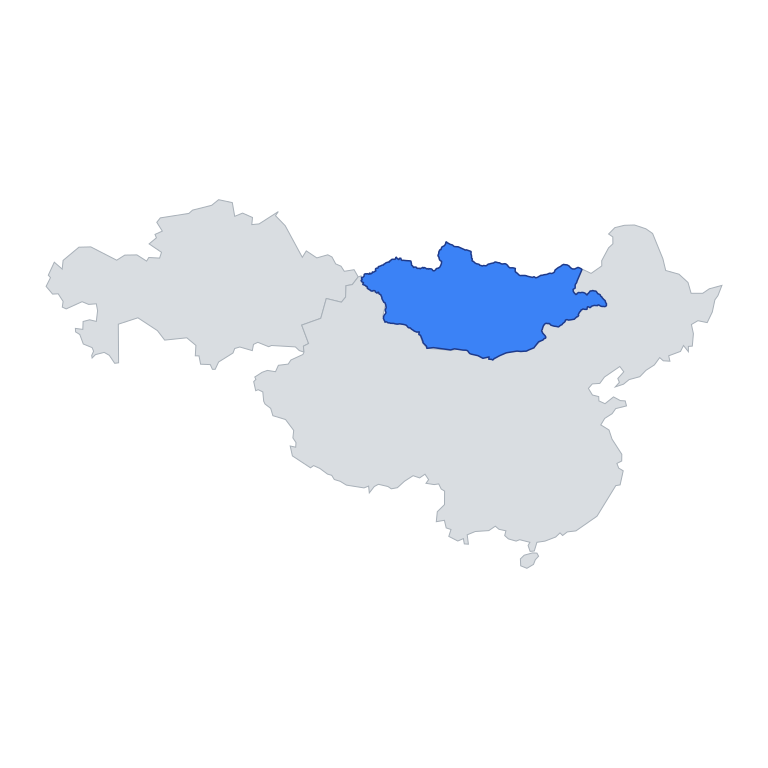 Mongolia shown with its bordering countries
{"feature_id": "MNG", "entity_name": "Mongolia", "entity_type": "country or territory", "adm_level": 0, "iso_a3": "MNG", "parent_name": "Asia", "parent_adm1": "", "projection": "mercator", "projection_center": [102.872, 46.856], "detail": "fine", "context": "with_neighbors", "style": "filled", "palette": "blue", "viewbox_px": 768, "rotation_deg": 0, "n_neighbors": 2, "source": "natural_earth", "source_scale": "50m", "svg_char_len": 10055}
<svg xmlns="http://www.w3.org/2000/svg" viewBox="0 0 768 768"><path d="M358.2,276.9L352.3,284.6L346.0,285.7L345.6,297.1L341.4,302.2L326.3,298.5L320.8,318.3L301.7,325.1L308.6,343.5L303.4,346.2L304.0,352.1L299.3,350.6L295.4,346.9L271.5,345.5L268.7,346.7L257.8,342.3L253.5,344.4L252.3,350.6L239.8,347.0L234.7,348.5L233.0,353.0L218.6,362.0L215.2,369.3L212.4,369.3L210.3,364.6L200.6,364.2L199.0,355.9L195.3,355.8L195.9,345.4L186.8,337.8L164.7,340.1L157.4,330.6L137.9,317.8L118.3,324.2L118.6,362.8L114.7,363.3L109.3,355.3L104.2,352.4L95.5,354.6L92.1,358.0L91.7,355.5L93.6,351.2L92.1,347.6L83.3,344.0L79.8,334.5L75.6,331.9L75.4,328.4L82.8,329.4L83.1,321.5L89.6,319.8L96.3,321.4L97.6,310.7L96.3,303.8L88.6,304.4L82.1,301.7L66.2,308.9L62.3,307.1L63.1,301.4L58.2,293.8L52.6,294.1L46.1,286.4L50.5,277.6L48.3,275.2L54.3,262.2L62.2,269.1L63.1,260.4L78.9,247.2L90.8,246.9L116.7,260.2L124.8,255.1L136.9,254.9L146.6,261.1L148.8,257.5L159.6,258.1L161.5,252.3L149.1,243.9L156.4,237.8L155.0,234.4L162.3,231.1L156.8,222.3L160.3,217.9L188.9,213.4L192.6,210.1L211.7,205.3L218.6,199.7L232.3,202.6L234.7,216.3L242.6,213.1L252.5,217.5L251.8,224.6L259.1,223.9L278.3,211.6L275.5,215.7L285.2,225.7L302.3,257.3L306.3,250.9L316.8,257.9L327.8,254.8L332.0,257.0L335.7,263.9L341.0,266.2L344.3,271.3L354.1,269.7L358.2,276.9Z" fill="#d9dde1" stroke="#a8b0b8" stroke-width="1"/><path d="M526.9,568.3L520.7,565.8L520.4,558.9L524.2,555.2L532.5,552.9L536.9,553.1L538.6,556.2L535.3,559.8L533.5,564.4L526.9,568.3ZM304.0,352.1L303.4,346.2L308.6,343.5L301.7,325.1L320.8,318.3L326.3,298.5L341.4,302.2L345.6,297.1L346.0,285.7L352.3,284.6L358.2,276.9L361.1,275.9L363.1,284.0L369.6,290.1L380.4,294.4L385.7,303.4L382.8,316.4L385.5,321.1L404.9,324.4L414.1,331.1L418.8,332.3L422.3,342.1L426.8,348.3L450.9,350.3L461.1,348.9L468.6,350.4L479.9,356.7L489.1,356.7L492.5,359.9L501.4,354.4L513.7,350.8L525.2,350.4L534.1,346.7L544.9,337.6L541.2,330.0L545.2,323.1L557.4,326.2L565.0,320.5L576.6,316.3L582.2,309.0L587.6,305.9L598.7,304.4L604.7,305.6L605.5,301.7L598.6,293.8L592.5,290.1L586.6,294.3L579.1,292.6L574.8,294.0L572.8,289.4L581.9,269.0L591.1,273.4L601.8,265.9L601.7,260.7L608.6,247.8L612.9,243.8L612.8,236.9L608.6,234.0L614.9,227.6L624.4,225.3L634.5,225.0L645.9,228.8L652.6,233.5L662.9,258.8L665.7,270.5L679.0,274.2L688.0,282.5L691.1,293.3L702.7,293.3L709.3,288.8L721.9,285.4L717.9,295.7L714.9,299.8L712.3,312.0L707.2,322.6L697.9,320.7L691.4,324.5L693.4,333.7L692.3,346.1L688.4,346.4L688.4,351.7L683.5,345.5L680.5,351.4L668.7,355.8L669.9,361.2L663.3,360.8L659.7,357.6L654.4,364.9L646.0,370.3L639.8,376.7L629.1,379.6L623.5,384.2L615.3,386.9L619.4,382.3L617.8,378.5L623.8,371.8L619.8,366.5L604.5,377.0L599.8,383.4L592.3,383.9L588.4,388.4L592.4,395.0L598.7,396.6L598.9,400.9L605.0,403.7L613.5,396.9L620.3,400.6L625.2,400.9L626.5,405.9L615.7,408.6L612.1,413.7L604.7,418.4L600.8,424.9L609.0,430.0L612.0,439.1L621.8,454.3L621.7,461.0L616.9,463.4L618.7,468.1L623.2,470.8L620.1,484.9L615.8,485.6L597.0,516.2L575.9,530.9L567.3,531.9L562.6,535.5L560.0,532.9L555.7,537.0L545.0,541.1L536.9,542.3L534.3,551.0L530.1,551.4L528.1,545.5L529.9,542.3L519.7,539.7L516.1,541.1L508.4,538.9L504.7,535.6L505.9,530.8L499.0,529.3L495.3,526.2L488.8,530.6L475.3,531.5L467.2,534.8L468.4,544.2L464.3,543.9L463.4,538.6L457.8,541.0L448.8,536.4L451.0,529.5L446.2,527.9L444.4,520.3L436.3,521.7L437.3,511.7L444.5,504.6L444.6,491.1L441.2,489.0L438.7,483.9L434.2,484.6L426.0,483.3L428.6,479.6L425.0,474.2L419.6,477.9L413.1,475.7L404.4,481.3L397.4,487.7L391.3,488.8L387.9,486.5L378.4,484.3L374.3,486.5L369.3,492.9L368.6,486.1L364.0,487.9L346.4,485.1L340.2,481.3L334.3,479.5L331.7,475.3L327.5,474.1L319.8,468.4L313.6,465.6L310.5,467.8L292.4,455.9L290.2,446.0L295.7,447.2L296.0,442.6L292.9,437.9L293.7,430.4L285.5,419.5L272.9,415.7L270.7,408.4L265.0,404.0L263.7,401.2L262.8,391.9L258.2,389.7L255.7,390.7L253.7,381.6L255.9,379.4L254.8,377.0L262.1,372.3L267.4,370.4L275.5,371.7L278.4,365.3L288.2,364.1L290.9,360.0L302.9,354.5L304.0,352.1Z" fill="#d9dde1" stroke="#a8b0b8" stroke-width="1"/><path d="M361.6,277.5L362.5,277.5L363.9,276.4L364.1,275.9L364.1,274.9L364.5,274.1L366.0,273.7L366.5,273.9L367.9,273.7L368.7,274.2L369.4,274.1L369.6,273.8L369.6,273.2L369.9,273.1L370.4,273.7L370.7,273.9L371.5,273.5L372.0,273.2L372.2,272.4L372.5,272.0L373.0,272.2L373.7,272.2L374.3,271.6L375.7,271.0L375.8,270.6L375.5,269.7L375.6,268.8L376.4,268.2L377.4,268.2L378.1,267.8L378.3,266.8L378.7,266.5L380.0,266.2L382.2,265.1L383.3,265.0L384.1,264.0L384.7,263.8L386.1,262.7L388.5,262.0L389.1,262.1L389.3,261.4L389.9,260.9L390.5,260.8L391.3,259.7L392.1,259.3L395.0,259.3L395.6,258.4L395.8,257.5L396.3,257.3L396.8,258.0L398.0,259.0L398.3,259.4L398.8,259.5L399.2,259.1L399.5,258.3L400.1,258.2L400.8,258.3L401.3,259.8L402.0,260.4L403.3,260.3L406.0,260.6L409.4,260.8L410.7,261.0L411.0,261.5L411.5,264.0L411.5,265.0L411.9,265.5L412.3,265.7L413.1,266.6L413.5,267.4L414.3,267.1L415.9,267.1L416.6,267.5L416.8,268.1L417.3,268.4L419.4,268.3L419.8,268.6L420.4,268.7L420.8,268.3L421.9,268.0L422.5,267.5L423.0,267.5L423.6,268.1L424.0,267.9L424.2,267.6L424.6,267.6L425.8,268.2L426.5,268.8L427.0,268.9L428.0,268.6L428.2,268.9L428.7,269.1L429.5,268.7L431.6,269.0L432.5,269.9L432.8,270.5L433.3,270.8L434.5,270.7L435.9,269.5L436.2,268.7L437.2,268.3L438.2,268.3L438.9,267.7L439.4,267.5L440.1,266.7L441.3,264.0L441.6,261.8L441.5,261.3L441.0,261.0L440.5,260.8L439.6,259.9L439.1,258.4L439.0,257.4L438.0,255.8L438.1,255.0L438.7,253.6L438.8,252.2L439.0,251.4L439.3,251.0L439.6,250.2L440.1,249.7L440.8,249.7L441.0,249.5L441.2,248.6L441.7,247.4L442.0,246.9L444.2,245.8L445.2,244.6L445.5,243.9L445.8,242.5L446.2,241.9L446.7,242.1L447.2,242.9L447.7,242.9L450.1,244.3L452.5,245.0L454.0,246.4L454.9,246.6L458.2,246.8L464.0,249.4L465.2,250.1L465.8,249.9L466.6,249.9L470.7,251.3L471.1,251.8L471.1,252.5L471.0,253.0L471.0,254.3L471.4,255.0L471.6,256.8L471.5,257.7L471.7,258.2L472.0,258.4L472.3,259.0L472.1,260.0L472.1,260.6L472.4,261.1L473.5,261.4L474.1,262.1L475.1,263.0L476.4,263.7L478.7,264.2L479.3,264.5L479.8,265.3L480.7,265.4L482.3,266.0L483.6,265.5L485.7,265.8L486.5,265.6L487.8,264.4L488.7,264.0L489.7,263.9L490.4,263.6L492.6,263.1L493.5,263.0L494.8,262.1L495.7,262.0L498.1,262.7L499.5,262.8L501.0,263.7L502.1,264.0L504.8,263.7L505.8,263.9L507.6,265.3L508.3,266.6L509.8,267.8L512.9,267.8L515.0,268.3L515.3,268.5L515.2,269.4L515.2,271.3L515.4,271.7L515.7,271.8L515.9,272.4L517.3,273.2L518.8,274.8L519.7,275.4L520.4,275.6L521.3,275.5L525.1,275.5L526.8,275.9L527.3,276.2L532.5,277.4L533.4,276.9L534.2,276.8L535.7,277.8L536.3,277.7L537.3,277.4L541.1,275.2L541.8,275.4L544.2,274.7L546.8,274.4L549.1,273.4L550.0,273.2L551.5,273.5L552.4,273.3L554.3,272.2L555.1,270.0L558.2,267.6L560.6,266.4L562.0,265.2L563.7,264.4L564.4,264.6L567.1,264.9L569.1,266.0L569.8,266.9L571.2,268.2L572.4,268.9L574.6,269.0L577.7,267.5L578.4,267.5L579.4,267.9L580.9,268.6L581.5,269.1L581.9,269.7L577.0,281.2L576.9,281.9L576.4,283.0L575.4,284.3L575.1,285.7L575.2,286.9L575.1,288.1L573.1,289.4L573.3,291.5L573.8,292.3L574.5,293.2L575.9,294.5L576.7,294.2L577.3,293.3L578.5,292.5L580.6,292.7L581.7,292.4L582.5,292.4L583.6,292.6L584.9,293.1L585.9,293.9L586.5,294.7L587.0,294.9L587.8,293.8L588.6,293.1L590.2,291.0L591.8,290.9L592.3,290.7L593.1,290.6L593.8,290.9L595.8,291.1L596.3,291.5L597.8,293.7L599.8,294.5L600.2,294.8L600.6,295.9L600.9,296.3L601.8,296.9L602.1,297.6L603.6,299.3L605.0,300.5L605.4,301.2L605.4,301.9L605.6,302.4L606.5,303.8L606.4,304.5L606.5,305.2L606.2,305.9L605.0,306.6L604.3,306.6L603.2,306.4L602.1,306.5L600.9,306.2L599.8,305.6L599.3,305.2L598.4,304.9L598.0,305.0L597.5,305.6L596.9,305.5L596.4,305.6L594.3,305.4L592.5,305.9L591.3,306.4L590.6,307.4L590.0,307.6L589.5,307.5L588.5,306.8L587.7,306.8L587.4,307.0L587.1,308.5L587.1,309.0L586.9,309.3L586.4,309.4L584.2,309.3L583.3,309.0L582.7,309.1L582.0,309.7L581.4,309.8L581.0,310.1L580.7,311.0L579.5,312.2L578.3,314.5L578.6,315.5L578.2,316.1L577.6,316.7L577.0,316.8L576.2,317.4L574.3,319.2L570.3,319.9L568.5,320.1L567.1,319.6L566.4,319.7L565.7,320.0L565.4,320.2L565.2,321.2L564.7,322.0L562.7,323.6L562.1,324.5L561.7,324.8L560.5,325.3L558.8,326.7L558.3,326.9L556.1,326.4L554.2,326.2L551.6,325.4L550.8,325.1L550.0,324.1L549.3,323.5L547.1,323.5L546.4,323.3L545.4,323.5L544.3,324.5L543.3,326.0L542.7,327.7L542.3,329.4L541.7,330.4L541.6,331.0L541.8,331.4L542.3,332.0L542.5,332.8L543.2,333.7L545.0,335.6L545.7,336.8L545.8,337.5L545.7,337.9L545.3,338.3L544.4,338.4L542.7,340.2L542.4,340.2L538.6,341.8L534.5,347.0L534.0,347.8L528.6,350.0L526.7,351.0L525.9,351.2L524.3,351.2L520.9,351.5L517.0,351.1L506.3,352.8L499.4,355.8L495.2,358.1L494.3,358.4L493.2,359.7L492.6,359.9L491.7,359.4L488.9,359.2L488.9,357.0L482.9,358.3L478.1,355.7L471.1,354.1L469.7,353.5L469.0,352.7L467.7,350.9L467.3,350.6L466.0,350.2L463.0,350.1L454.5,348.8L450.6,349.9L433.3,347.6L427.0,348.3L426.8,348.0L426.7,347.0L426.4,346.1L425.4,345.2L424.7,344.4L423.4,343.2L423.0,342.5L422.9,341.4L421.0,336.4L420.5,335.4L420.1,335.0L419.2,334.8L418.9,334.5L418.9,333.8L419.3,332.1L419.1,331.9L416.8,332.1L414.3,331.1L412.6,329.8L411.6,329.3L410.4,328.0L408.5,327.7L407.8,327.1L407.0,326.0L406.2,325.2L405.1,324.8L403.4,324.4L399.6,323.8L398.0,324.1L396.8,324.1L394.9,323.8L393.8,323.4L390.4,323.3L389.3,322.8L388.3,322.9L387.6,322.6L387.0,322.1L386.3,321.8L385.6,321.8L385.3,322.1L385.0,322.1L384.8,321.3L384.1,320.2L384.0,319.6L383.4,318.5L383.7,316.2L384.4,314.9L384.8,314.5L385.9,312.9L385.9,312.1L385.5,311.3L385.3,310.3L385.3,309.7L385.7,309.0L386.2,307.4L386.2,307.0L386.0,306.7L385.8,305.0L384.9,302.7L383.8,302.2L382.1,299.0L381.9,298.5L381.9,297.6L381.5,296.5L381.0,295.5L380.8,294.8L380.7,294.6L379.8,294.3L379.1,293.8L378.8,293.1L378.7,292.6L378.5,292.3L378.0,292.2L377.6,292.7L377.0,292.9L376.6,292.9L375.5,291.9L375.0,290.9L374.3,290.6L373.2,290.6L372.2,291.1L371.0,290.9L370.0,289.9L369.4,289.7L367.4,288.4L367.4,287.3L367.0,286.5L366.2,286.3L365.4,285.5L362.9,284.5L362.8,284.2L363.4,283.2L363.5,282.8L363.3,282.5L361.8,281.8L361.6,281.3L361.1,280.8L361.2,280.3L362.0,279.8L362.1,279.4L361.8,279.0L361.6,278.5L361.7,278.0L361.6,277.5Z" fill="#3b82f6" stroke="#1e3a8a" stroke-width="1.5"/></svg>